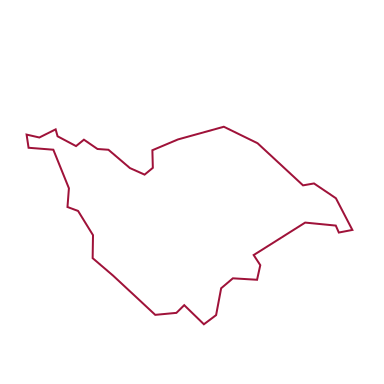 outline of Owsley, Kentucky, United States of America, rotated 154°
{"feature_id": "52423323B86076485576940", "entity_name": "Owsley", "entity_type": "district", "adm_level": 2, "iso_a3": "USA", "parent_name": "United States of America", "parent_adm1": "Kentucky", "projection": "mercator", "projection_center": [-83.663, 37.399], "detail": "fine", "context": "isolated", "style": "outline", "palette": "rose", "viewbox_px": 384, "rotation_deg": 154, "n_neighbors": 0, "source": "geoboundaries", "source_scale": "gbopen_adm2", "svg_char_len": 640}
<svg xmlns="http://www.w3.org/2000/svg" viewBox="0 0 384 384"><g transform="rotate(154 192 192)"><path d="M315.5,316.1L319.5,303.4L298.1,290.8L301.0,249.3L310.5,233.1L302.7,224.9L299.9,196.6L310.3,176.1L299.5,151.2L278.9,97.7L259.0,90.2L248.6,93.7L239.3,67.9L224.3,70.8L208.0,92.7L193.1,96.5L172.0,84.6L162.7,96.3L164.2,108.3L103.7,114.9L77.5,98.8L77.8,91.2L64.5,87.6L65.4,123.3L78.6,146.2L89.3,149.3L111.7,207.1L134.8,236.7L181.6,245.4L209.3,246.9L216.6,230.9L227.0,228.4L237.3,240.7L248.6,266.6L258.1,272.1L266.2,286.4L276.1,284.1L288.4,301.0L287.1,308.1L305.3,307.9L315.5,316.1Z" fill="none" stroke="#9f1239" stroke-width="2"/></g></svg>